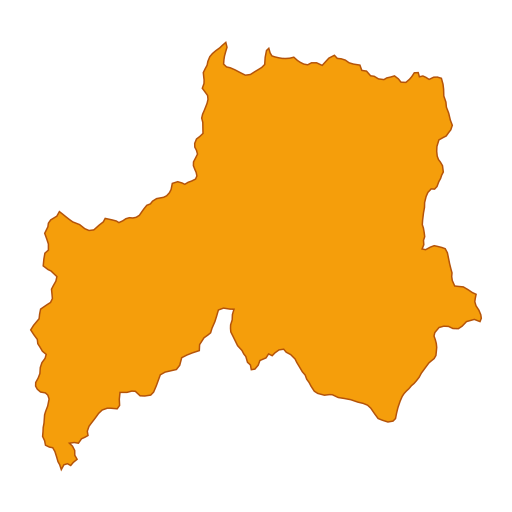 the district of Paraguaçu Paulista, São Paulo, Brazil
{"feature_id": "56859067B14677610330321", "entity_name": "Paraguaçu Paulista", "entity_type": "district", "adm_level": 2, "iso_a3": "BRA", "parent_name": "Brazil", "parent_adm1": "São Paulo", "projection": "robinson", "projection_center": [-50.638, -22.465], "detail": "fine", "context": "isolated", "style": "filled", "palette": "amber", "viewbox_px": 512, "rotation_deg": 0, "n_neighbors": 0, "source": "geoboundaries", "source_scale": "gbopen_adm2", "svg_char_len": 4770}
<svg xmlns="http://www.w3.org/2000/svg" viewBox="0 0 512 512"><path d="M445.2,248.7L441.9,247.5L437.5,246.4L434.2,245.7L430.4,247.1L425.6,249.7L422.1,249.0L423.8,244.7L423.5,240.3L424.7,236.7L424.2,232.7L423.4,228.0L422.3,224.7L422.6,220.2L423.5,212.8L424.5,207.3L424.6,202.6L426.1,196.5L427.9,192.4L431.2,188.9L434.6,189.1L437.0,186.5L438.8,181.7L440.6,178.4L441.7,175.1L443.3,172.0L442.5,165.7L440.4,162.1L438.5,159.6L437.2,156.1L436.7,151.3L436.9,146.5L438.9,139.9L443.4,137.4L446.2,136.0L448.4,132.9L450.8,129.8L452.3,125.3L450.3,120.0L448.7,113.2L446.4,107.2L445.9,102.1L443.8,96.0L443.6,89.2L443.0,84.2L441.4,78.3L437.4,77.1L433.7,77.2L429.1,79.4L425.8,77.3L422.9,76.0L419.4,76.8L418.2,72.6L414.3,72.8L411.8,76.6L409.5,79.3L405.9,82.4L401.0,82.2L398.4,78.9L394.5,75.9L390.4,77.1L386.8,77.9L383.9,79.6L378.5,78.9L374.2,76.3L370.6,75.8L366.5,71.1L361.8,70.4L359.9,65.1L353.5,64.1L349.1,62.8L345.3,60.1L341.2,58.8L337.3,58.4L334.4,55.3L328.9,58.1L325.4,61.9L322.2,65.4L316.6,62.8L311.5,62.8L307.7,64.8L303.8,64.1L300.2,62.3L297.5,60.5L293.8,57.2L289.8,58.2L285.6,58.5L282.2,58.4L279.2,57.9L274.9,56.9L271.9,55.9L270.1,52.9L268.8,48.3L266.5,50.5L265.2,57.2L264.7,64.5L261.8,67.4L259.1,69.1L255.1,71.5L250.4,74.5L245.4,75.2L240.6,72.8L234.9,69.8L230.3,67.8L226.5,66.9L223.6,64.1L223.9,59.9L224.5,56.0L225.7,51.6L227.0,47.3L225.8,42.4L222.3,45.4L219.8,47.8L215.8,50.7L212.4,53.6L209.8,56.7L207.9,61.3L207.1,65.2L205.2,68.7L203.3,72.6L203.7,76.5L204.1,80.0L204.0,83.5L202.3,88.3L204.8,91.6L207.6,95.5L208.0,99.3L207.1,103.2L205.8,106.6L204.2,110.6L202.6,114.2L201.7,118.1L202.8,122.4L202.9,128.6L203.0,133.4L199.9,136.4L196.5,139.0L194.7,143.4L194.8,147.1L196.5,150.4L197.5,154.1L195.5,158.1L193.5,161.9L193.4,165.7L194.8,169.3L196.2,172.5L196.9,176.0L195.5,179.1L191.7,181.0L188.1,182.3L184.8,184.3L182.1,183.0L177.7,181.7L172.3,183.4L171.1,189.5L169.4,192.8L166.6,195.8L163.6,197.3L156.6,198.6L152.5,201.2L150.4,203.9L146.8,205.3L144.1,208.6L141.8,211.8L139.4,215.3L136.2,217.3L132.8,218.0L129.4,217.7L125.9,218.7L122.8,220.8L118.9,222.6L116.3,221.0L112.1,219.9L105.2,218.4L103.3,221.9L99.3,225.0L93.8,229.9L89.0,230.5L84.8,228.7L79.6,224.6L72.7,221.9L69.1,219.3L65.8,216.7L62.6,214.1L59.4,211.6L56.8,216.2L50.7,219.9L48.4,223.2L47.9,226.8L44.7,233.3L46.9,239.4L48.4,244.0L48.4,250.1L44.9,253.2L43.9,258.9L43.2,265.9L48.1,269.6L50.9,270.9L56.9,276.6L55.9,281.1L53.3,285.7L51.5,289.2L51.9,293.2L52.4,298.6L50.5,302.5L47.3,304.5L40.6,309.1L39.6,314.2L39.1,318.7L33.6,325.3L30.7,329.9L33.9,334.8L37.3,339.4L37.8,343.7L39.8,346.8L42.4,351.2L46.2,354.4L45.1,358.3L41.9,362.7L40.3,367.5L39.9,373.6L38.1,378.2L35.7,382.5L35.6,386.1L37.3,389.2L40.5,392.0L45.4,392.9L47.8,395.1L49.1,399.0L47.7,406.0L45.6,411.5L44.6,414.8L44.0,423.2L43.2,427.4L43.0,431.8L42.6,436.4L44.6,440.7L45.5,445.2L49.4,447.1L52.7,447.7L54.9,451.5L56.7,457.2L58.0,461.7L59.7,464.7L61.3,469.6L63.9,464.8L67.4,463.7L70.7,465.5L73.3,462.4L77.1,459.3L74.8,455.3L74.7,450.5L72.5,446.2L69.4,443.2L74.2,442.5L78.4,443.2L81.5,438.8L85.0,437.2L88.0,435.5L87.3,431.2L89.0,426.3L90.9,423.7L95.2,418.1L98.6,413.4L102.2,410.0L107.3,408.2L110.5,408.2L117.2,408.8L119.6,405.4L119.3,399.2L120.0,392.4L126.9,392.4L131.8,391.1L135.3,391.3L140.1,395.8L144.7,396.0L150.7,395.1L153.6,392.1L156.3,385.8L160.3,374.8L165.1,372.1L176.4,369.5L179.7,365.3L181.7,357.7L187.0,355.0L192.3,352.9L199.3,350.6L199.6,344.6L204.0,337.8L208.2,334.8L210.6,332.8L212.0,328.2L214.9,321.6L216.5,316.5L218.4,310.0L223.5,308.1L230.0,309.1L234.0,309.2L232.4,314.6L232.2,319.9L230.6,324.9L230.5,328.4L230.8,331.9L233.3,336.9L237.6,345.7L242.0,350.5L243.8,354.0L245.8,356.5L247.5,362.3L250.4,364.9L251.3,369.7L254.9,369.1L258.2,365.2L259.9,360.5L266.0,357.9L268.6,353.9L272.2,355.7L274.9,352.9L279.0,349.9L283.7,349.2L286.2,352.2L290.7,354.6L295.1,359.0L296.7,362.3L298.8,365.8L302.3,371.7L305.2,375.1L306.7,379.2L309.1,382.5L311.1,386.3L314.3,391.2L317.7,393.4L324.4,395.2L329.3,394.6L332.3,394.7L338.2,397.5L344.5,398.5L350.8,399.7L357.8,402.1L363.2,403.4L367.6,405.2L370.8,408.2L375.0,414.3L378.1,418.5L382.3,420.2L387.9,422.0L393.0,421.1L395.5,418.6L396.6,413.0L397.9,407.7L400.1,401.2L402.2,396.4L404.1,393.5L406.5,390.9L408.8,388.8L411.4,385.7L414.0,383.5L416.3,380.9L419.1,377.3L421.3,373.2L424.3,369.1L428.9,362.9L431.5,360.7L434.1,358.6L435.9,355.5L436.3,351.8L436.7,347.4L436.3,343.5L435.3,339.7L434.0,336.0L434.8,332.6L439.0,327.5L443.7,326.2L448.5,326.4L452.9,328.5L458.3,328.7L462.1,326.2L466.5,321.6L471.1,320.3L474.3,319.4L480.0,321.6L481.3,318.3L480.8,314.8L478.9,310.2L476.0,305.8L474.8,301.7L475.3,298.2L476.1,294.3L472.2,292.5L468.4,289.9L463.3,286.9L458.2,286.4L454.7,286.0L452.3,280.6L451.7,276.6L452.0,272.9L450.9,268.9L449.6,263.7L448.8,259.7L447.4,252.8L445.2,248.7Z" fill="#f59e0b" stroke="#b45309" stroke-width="1.5"/></svg>